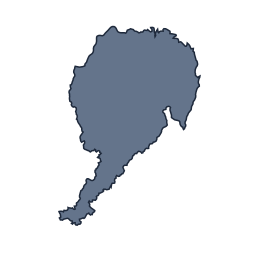 outline of Lagamar, Minas Gerais, Brazil, rotated 189°
{"feature_id": "56859067B50516216236551", "entity_name": "Lagamar", "entity_type": "district", "adm_level": 2, "iso_a3": "BRA", "parent_name": "Brazil", "parent_adm1": "Minas Gerais", "projection": "robinson", "projection_center": [-46.726, -18.028], "detail": "fine", "context": "isolated", "style": "filled", "palette": "slate", "viewbox_px": 256, "rotation_deg": 189, "n_neighbors": 0, "source": "geoboundaries", "source_scale": "gbopen_adm2", "svg_char_len": 5865}
<svg xmlns="http://www.w3.org/2000/svg" viewBox="0 0 256 256"><g transform="rotate(189 128 128)"><path d="M74.0,211.5L74.4,213.2L75.8,214.0L75.8,215.4L75.9,216.8L78.1,216.1L80.1,219.2L81.0,220.0L82.8,221.2L82.8,219.0L83.3,217.9L84.2,217.7L87.3,220.0L88.2,220.7L89.4,221.4L91.3,220.6L91.8,222.5L92.5,223.7L93.6,224.0L95.2,224.0L96.3,223.7L97.5,223.8L96.7,225.2L94.8,226.7L95.3,227.7L98.6,227.9L101.4,227.8L101.4,229.0L101.7,230.1L104.2,231.2L106.3,231.9L108.1,231.7L108.8,230.6L108.4,229.2L110.8,228.8L112.0,228.1L112.5,226.9L113.4,227.5L113.8,229.0L114.2,230.2L114.8,229.0L115.4,227.3L115.8,225.2L116.8,226.4L117.2,227.5L117.5,229.2L118.0,230.7L119.1,231.2L120.1,231.1L121.3,230.8L120.8,230.0L119.7,229.2L119.5,227.3L120.6,226.5L121.8,226.9L124.0,228.3L124.5,227.3L127.1,227.3L127.8,226.6L128.2,225.4L129.2,224.9L130.3,224.9L131.2,224.0L132.3,223.7L133.3,224.3L135.0,224.8L136.2,224.7L137.3,225.2L138.0,226.0L141.0,226.4L142.0,225.6L144.0,224.5L144.4,222.5L145.1,221.3L146.4,221.5L150.1,220.9L152.1,221.1L153.2,221.6L154.1,222.7L155.3,224.5L156.3,225.5L157.6,226.0L159.5,225.7L160.6,224.9L161.5,223.7L163.0,221.3L165.2,218.3L166.6,215.8L167.8,215.1L170.2,215.1L171.6,214.7L172.8,213.9L173.2,213.0L173.1,211.6L172.6,208.8L172.7,206.3L174.5,202.9L174.6,201.1L174.3,199.7L174.2,198.6L174.4,197.2L175.0,195.9L177.4,193.5L178.0,192.1L178.7,189.4L179.3,186.3L180.3,184.9L180.5,183.9L180.3,182.7L182.3,181.5L185.5,180.5L189.8,180.7L190.0,179.6L190.0,178.0L190.4,176.9L190.5,175.5L190.2,174.2L189.5,173.4L188.8,172.0L188.7,170.8L189.3,169.8L189.8,168.2L189.8,166.5L190.2,165.1L190.4,163.2L190.8,161.9L191.8,161.4L191.3,159.4L190.5,158.0L191.0,156.7L191.7,155.9L191.9,154.9L191.7,153.5L191.0,152.4L191.0,151.3L190.6,150.4L190.5,148.2L190.2,147.0L189.5,145.2L188.1,144.8L187.4,143.6L187.7,142.1L187.0,141.1L186.2,140.4L185.2,140.1L184.5,140.7L183.6,140.4L182.3,139.7L181.9,137.9L182.3,136.1L181.5,134.7L181.2,133.4L180.3,132.7L179.9,131.2L180.0,129.7L180.3,128.7L179.4,128.2L178.7,126.6L177.9,125.4L175.7,123.1L175.0,121.9L174.1,121.3L173.6,120.4L173.4,119.0L172.8,117.6L171.7,117.0L172.8,114.6L173.5,113.3L173.9,112.1L173.8,110.7L173.2,109.5L172.9,108.3L172.4,107.4L171.5,106.7L170.5,107.6L169.2,108.4L168.6,107.6L168.5,106.1L169.4,104.2L168.9,102.6L168.6,101.1L167.9,100.5L167.0,100.1L165.8,100.0L164.6,99.5L163.2,99.5L162.4,98.8L161.3,98.5L160.2,99.9L158.2,100.4L157.6,101.8L156.6,101.4L156.3,99.9L155.4,99.4L154.5,100.5L153.3,101.1L152.2,100.5L152.0,99.3L150.6,98.8L151.3,97.6L152.5,96.9L151.9,96.0L152.7,95.3L153.5,94.2L152.6,93.8L151.7,94.0L150.7,93.4L150.2,92.0L149.4,90.7L150.6,89.7L151.9,88.9L151.0,87.8L151.0,86.5L151.6,85.6L152.0,83.7L153.1,82.9L153.1,81.7L153.9,81.1L153.7,79.2L152.7,78.0L152.4,76.7L151.9,75.8L152.7,74.9L153.0,73.9L153.0,72.4L154.1,71.0L155.1,70.5L156.2,70.5L159.1,71.6L160.4,71.5L161.1,70.5L161.2,69.2L160.6,68.3L160.5,67.1L161.1,65.8L162.2,64.7L162.6,63.3L162.6,61.8L163.5,60.4L163.8,59.4L164.7,58.8L165.0,56.7L165.3,53.5L165.0,52.0L164.1,51.2L164.4,49.7L165.1,49.0L165.6,47.7L166.4,46.5L167.1,46.0L167.1,44.9L166.6,43.9L167.2,42.8L168.8,42.4L167.5,39.7L168.4,39.2L169.3,39.4L170.3,40.4L171.4,39.8L172.6,40.0L173.9,39.9L174.8,40.1L174.5,38.7L175.0,37.5L176.4,36.7L178.3,36.7L178.6,35.1L180.1,35.4L181.8,35.2L183.1,34.7L182.6,33.8L181.9,32.9L181.3,32.2L180.5,29.4L181.7,28.4L181.1,27.7L180.4,26.6L179.4,26.8L178.3,26.7L177.2,27.9L174.3,29.1L173.3,29.4L171.9,28.7L170.9,27.8L169.8,27.3L168.7,27.5L168.1,25.8L168.9,25.0L167.8,24.4L167.2,25.4L166.3,26.0L165.4,26.2L165.3,25.0L164.4,24.1L162.9,24.1L162.0,25.2L160.4,25.5L159.6,26.8L159.7,28.0L160.7,28.4L161.3,29.1L161.7,30.3L160.5,30.8L158.2,32.2L157.4,31.8L156.6,32.6L155.2,36.6L154.3,37.0L153.4,37.8L152.6,36.8L151.4,36.2L150.7,36.9L149.8,36.9L149.7,38.3L148.8,39.4L148.0,40.1L147.9,41.3L151.9,43.3L153.0,44.1L153.9,44.9L153.7,46.1L154.3,47.4L155.4,48.4L154.9,49.9L153.7,49.0L152.6,49.2L151.6,49.6L151.8,51.2L150.4,51.5L148.9,51.5L148.0,53.0L147.9,54.2L148.5,55.4L147.8,56.2L146.9,56.7L146.4,57.7L146.6,59.0L145.4,59.3L142.9,61.0L142.2,62.1L143.0,62.8L142.5,63.7L140.9,64.0L139.5,63.7L138.3,64.1L137.0,64.7L136.6,66.3L136.0,67.9L135.4,67.1L135.4,69.9L135.0,70.9L133.5,71.2L132.6,71.5L132.5,72.9L133.1,73.9L133.1,75.7L131.9,76.7L132.3,77.9L131.8,79.3L130.1,78.7L128.7,79.1L128.2,80.5L127.3,80.8L126.9,81.8L125.9,82.1L124.9,85.2L125.5,86.0L126.9,88.5L126.4,89.9L125.5,90.7L123.2,91.0L123.2,92.5L121.9,95.0L121.7,96.1L120.7,97.0L119.7,97.6L119.1,98.8L119.1,100.3L118.9,101.3L118.1,101.8L117.7,103.1L116.6,104.0L115.4,104.1L115.0,105.3L114.0,106.6L112.8,106.6L111.8,106.5L110.5,105.3L109.4,105.9L109.3,107.1L108.2,107.8L107.9,109.5L106.8,110.8L105.4,110.8L104.4,111.1L104.7,112.6L104.1,115.3L102.9,116.1L101.9,116.1L101.2,116.9L100.8,118.0L99.9,118.2L99.1,118.7L98.1,119.6L97.8,121.4L98.0,123.2L96.0,124.9L94.6,128.4L94.3,129.7L94.5,130.9L93.7,133.2L92.8,134.2L91.6,134.9L90.5,135.8L89.7,137.1L90.3,138.6L90.7,139.9L90.8,141.5L91.6,142.5L92.2,143.7L92.5,144.8L93.7,146.6L94.1,147.8L95.9,149.0L96.3,150.1L95.7,151.4L93.5,152.3L93.6,153.8L93.0,154.9L92.0,155.5L91.1,155.8L90.1,155.6L89.2,154.8L89.5,153.5L89.2,151.9L88.3,150.2L87.7,148.8L87.1,147.7L86.7,145.1L83.2,143.4L80.0,143.2L78.7,143.0L77.9,142.4L77.5,141.0L77.0,139.6L76.2,138.6L75.3,137.7L74.0,137.4L73.6,136.2L72.9,135.2L72.1,136.1L71.9,137.5L71.3,139.0L71.5,140.2L72.4,141.4L72.5,143.0L71.8,145.2L71.8,148.5L71.2,149.7L70.6,152.3L68.5,155.9L68.6,159.1L67.6,162.0L67.8,163.5L67.3,165.0L66.7,166.0L66.0,168.8L66.1,170.4L66.5,171.4L66.5,173.7L66.1,176.9L65.7,178.3L64.9,179.6L64.1,180.4L64.4,181.9L65.3,182.9L65.7,184.1L65.8,185.3L65.6,187.6L65.1,189.1L65.1,190.6L66.0,189.9L66.9,188.8L69.6,190.5L69.9,192.2L70.5,193.4L70.7,196.1L70.4,197.8L70.0,199.2L69.4,200.2L69.2,201.7L69.5,202.9L70.3,204.8L71.4,205.7L74.0,211.5ZM115.8,225.2L115.1,223.7L115.6,222.4L116.0,223.7L115.8,225.2Z" fill="#64748b" stroke="#1e293b" stroke-width="1.5"/></g></svg>